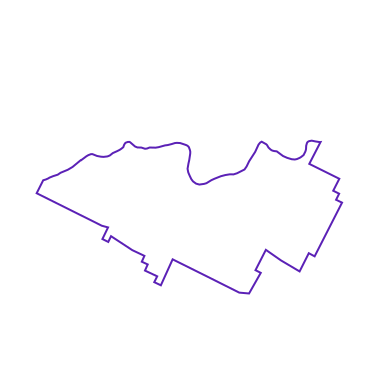 Washington, Ohio, United States of America, rotated 204°
{"feature_id": "52423323B97388910931036", "entity_name": "Washington", "entity_type": "district", "adm_level": 2, "iso_a3": "USA", "parent_name": "United States of America", "parent_adm1": "Ohio", "projection": "equal_earth", "projection_center": [-81.437, 39.431], "detail": "fine", "context": "isolated", "style": "outline", "palette": "violet", "viewbox_px": 384, "rotation_deg": 204, "n_neighbors": 0, "source": "geoboundaries", "source_scale": "gbopen_adm2", "svg_char_len": 1863}
<svg xmlns="http://www.w3.org/2000/svg" viewBox="0 0 384 384"><g transform="rotate(204 192 192)"><path d="M94.9,289.9L95.4,289.6L97.2,289.1L99.8,288.4L103.5,287.6L105.7,286.1L106.5,285.1L106.8,284.4L106.9,283.4L106.5,280.7L105.3,277.6L105.0,276.1L104.9,274.9L105.1,271.1L106.6,268.3L107.5,267.0L109.5,264.8L111.3,263.5L114.2,262.5L119.0,261.9L123.5,261.9L131.1,263.6L133.7,262.8L135.6,262.5L137.3,262.7L140.2,263.7L142.4,265.3L143.5,265.8L148.8,266.3L149.8,264.9L150.5,262.4L150.6,254.3L152.3,243.4L152.5,237.5L153.2,233.9L158.5,227.4L161.2,225.0L164.7,223.5L168.5,221.0L172.0,218.2L176.9,213.2L179.1,210.7L182.4,205.9L184.3,204.3L188.3,201.8L191.7,201.3L195.4,202.1L197.9,203.5L200.6,205.8L201.7,206.8L203.4,208.4L205.5,211.4L206.8,216.5L207.5,220.0L209.2,226.2L209.9,228.0L210.8,229.3L213.1,231.7L214.8,232.4L216.1,232.5L217.7,232.4L222.7,231.9L225.9,230.7L227.6,229.7L230.1,227.5L233.3,225.0L235.6,223.6L240.7,219.4L243.3,217.7L248.8,215.4L250.8,213.4L252.5,212.4L256.3,212.0L260.0,210.5L262.5,210.4L268.8,212.3L269.6,212.3L271.0,211.6L272.5,210.2L273.0,209.2L273.2,207.3L273.0,205.1L273.3,204.4L274.2,202.7L275.2,201.1L276.9,199.0L280.2,195.3L281.9,192.0L283.1,190.7L283.9,190.0L287.1,188.1L289.6,187.2L293.4,186.3L298.4,186.1L299.7,185.5L300.3,184.9L301.7,183.5L303.0,181.7L304.1,179.7L306.3,175.8L306.6,175.8L311.3,166.3L314.5,161.8L319.9,156.1L321.7,153.2L325.2,150.1L328.1,147.1L328.8,146.0L330.6,144.0L332.7,142.2L333.4,127.7L260.7,124.5L254.3,125.5L254.7,112.6L248.2,112.3L248.0,118.7L222.9,114.6L209.5,114.3L209.5,107.9L203.0,107.8L203.0,101.1L189.5,100.8L189.8,94.3L182.5,94.1L182.3,122.6L142.7,120.9L107.9,119.3L98.6,122.5L96.3,146.1L102.2,146.4L101.2,165.3L101.0,169.2L82.9,165.7L61.4,163.2L60.4,183.6L53.8,183.1L50.6,243.3L57.2,243.5L56.9,250.3L63.5,250.6L62.8,264.0L96.3,265.4L94.9,289.9Z" fill="none" stroke="#5b21b6" stroke-width="2"/></g></svg>